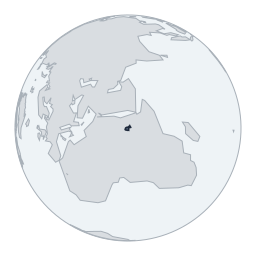 Sennar on an orthographic globe, rotated 295°
{"feature_id": "SDN-880", "entity_name": "Sennar", "entity_type": "Region", "adm_level": 1, "iso_a3": "SDN", "parent_name": "Sudan", "parent_adm1": "", "projection": "orthographic", "projection_center": [34.248, 12.985], "detail": "fine", "context": "on_globe", "style": "filled", "palette": "slate", "viewbox_px": 256, "rotation_deg": 295, "n_neighbors": 0, "source": "natural_earth", "source_scale": "10m", "svg_char_len": 9202}
<svg xmlns="http://www.w3.org/2000/svg" viewBox="0 0 256 256"><g transform="rotate(295 128 128)"><circle cx="128" cy="128" r="113" fill="#eef3f6" stroke="#a8b0b8"/><path d="M99.5,19.0L100.4,18.8L97.0,19.7L96.6,19.8L95.6,20.1L94.1,20.6L94.7,20.4L90.8,21.7L94.4,20.6L91.0,21.8L88.5,22.6L89.2,22.3L88.7,22.4L99.5,19.0ZM74.4,28.9L75.4,28.4L79.6,26.3L78.5,27.1L75.1,29.0L71.5,30.9L69.9,32.0L72.9,30.7L65.9,35.2L60.6,40.0L58.9,41.4L56.2,42.4L57.2,40.6L54.3,42.8L60.6,37.7L67.4,33.1L74.4,28.9ZM53.9,43.2L55.4,42.2L51.0,46.1L50.0,47.1L50.0,47.4L51.5,46.3L49.8,47.9L47.5,49.3L48.9,47.9L49.7,47.3L50.1,46.7L49.4,47.4L53.9,43.2ZM16.0,116.0L16.0,121.9L16.0,127.2L15.8,129.8L16.2,131.6L16.3,133.5L19.7,140.4L23.0,147.3L23.9,154.0L23.1,160.0L27.0,175.0L26.8,177.4L29.4,182.4L25.5,174.7L22.2,166.8L19.6,158.6L17.6,150.2L16.2,141.7L15.5,133.2L15.4,124.6L16.0,116.0ZM79.9,26.1L79.1,26.5L79.9,26.1ZM82.2,25.1L81.9,25.2L81.7,25.3L82.2,25.1ZM87.6,22.9L88.0,22.7L82.6,25.0L83.2,24.7L87.6,22.9ZM102.8,18.2L105.2,17.7L104.5,17.9L103.6,18.1L101.2,18.6L101.8,18.4L102.8,18.2ZM102.8,18.3L104.0,18.1L102.3,18.6L100.8,18.7L102.8,18.3ZM107.8,17.2L106.8,17.4L106.6,17.4L107.8,17.2ZM96.8,20.5L97.6,20.1L99.4,19.6L96.8,20.5ZM104.5,18.0L105.1,17.9L105.9,17.7L106.3,17.7L104.5,18.0ZM112.3,16.5L111.9,16.5L114.0,16.2L114.5,16.2L111.1,16.7L112.7,16.5L112.8,16.5L109.8,16.9L112.2,16.5L112.3,16.5ZM109.1,17.3L104.6,18.2L102.9,19.0L101.3,19.3L104.4,18.1L109.1,17.3ZM109.8,17.0L109.0,17.2L107.4,17.5L106.9,17.4L109.8,17.0ZM116.1,16.1L116.7,15.9L117.5,15.9L116.1,16.1ZM108.9,17.4L110.0,17.2L109.0,17.5L108.9,17.4ZM114.3,16.4L115.2,16.2L114.3,16.4ZM112.1,17.0L110.6,17.2L110.3,17.2L112.1,17.0ZM113.3,16.7L114.5,16.6L111.0,17.0L113.2,16.6L113.3,16.7ZM115.1,16.3L115.6,16.2L114.9,16.4L115.1,16.3ZM114.3,17.2L110.0,17.8L109.2,17.6L113.5,17.0L114.3,17.2ZM181.1,28.7L183.1,29.9L191.9,35.6L191.5,35.0L193.9,36.7L203.2,44.2L203.5,44.4L214.5,56.7L217.8,60.4L219.8,63.2L220.9,65.2L218.0,61.2L216.6,60.1L214.8,57.7L215.5,60.2L213.0,56.9L214.8,60.7L217.0,63.1L217.4,61.9L220.0,67.0L223.8,71.2L227.1,77.1L230.7,88.9L230.0,93.4L230.6,95.5L228.7,93.8L228.6,98.4L233.9,108.9L234.5,112.2L233.2,119.8L232.8,117.3L228.0,112.6L228.7,120.9L232.5,126.6L233.8,134.2L231.7,132.5L230.1,125.9L228.4,124.1L227.7,116.9L223.9,107.1L221.7,109.9L220.7,105.7L215.3,98.2L211.4,102.0L206.0,114.8L207.2,125.7L204.5,131.0L196.6,116.6L193.1,106.5L190.2,108.0L182.1,100.2L167.9,101.3L165.9,98.8L163.3,100.3L157.6,98.1L154.6,93.9L151.2,94.5L159.0,105.4L162.8,104.9L166.0,100.2L167.5,104.2L173.0,107.5L166.6,118.1L145.6,128.4L143.8,120.3L128.7,98.7L129.2,96.2L129.0,95.5L127.4,99.5L124.9,95.3L132.8,110.3L134.0,116.9L145.3,128.9L144.2,130.2L147.9,132.6L160.0,128.8L160.0,131.5L154.2,144.5L137.7,162.1L140.0,173.2L139.0,182.6L129.0,189.0L130.2,196.0L125.0,198.4L124.9,202.3L121.0,206.4L114.2,210.1L102.5,209.7L101.5,206.3L95.3,199.3L86.5,181.9L89.2,174.1L88.1,167.7L79.6,153.0L81.4,145.1L79.2,141.6L74.7,142.1L72.1,137.8L69.4,137.5L52.5,138.4L47.6,132.4L42.3,115.2L45.5,109.2L46.5,101.8L69.0,79.5L73.3,81.4L90.5,79.7L92.6,80.7L90.1,86.2L102.6,93.8L107.2,89.2L119.0,93.3L127.2,93.2L131.0,82.8L117.6,82.6L115.8,77.6L126.9,73.3L138.7,74.0L138.4,72.1L131.4,67.9L134.5,64.5L129.0,66.2L130.9,68.1L127.5,69.4L125.5,67.7L126.7,66.5L123.3,65.6L118.5,72.3L119.9,74.9L110.7,76.0L112.2,80.7L109.5,82.8L106.0,75.8L106.7,73.2L99.7,65.9L98.1,68.5L104.6,75.8L102.4,75.2L100.3,79.4L100.2,75.7L93.5,67.6L85.4,68.9L74.4,78.8L69.8,79.3L66.4,76.9L71.2,66.5L80.8,66.5L82.6,63.3L81.4,58.6L84.4,59.2L85.1,57.4L88.8,57.4L94.6,53.5L98.5,53.2L101.5,48.2L103.9,47.6L101.4,50.6L101.8,52.9L111.5,53.0L113.6,52.0L114.7,48.8L117.2,49.5L117.1,46.5L123.0,45.5L115.7,44.3L116.8,41.2L120.7,39.0L119.8,37.8L113.4,41.5L112.1,43.3L113.0,45.0L108.2,50.3L104.7,51.1L104.8,45.2L99.9,45.9L102.1,41.5L117.9,33.4L124.2,32.2L133.1,36.3L131.3,38.0L127.2,37.3L130.4,40.6L130.4,39.0L132.5,39.8L134.1,37.4L135.7,37.8L134.6,35.0L136.7,35.2L137.4,37.0L141.5,34.2L146.1,34.5L146.3,33.7L145.2,32.8L151.7,34.0L151.5,33.4L149.3,32.7L147.6,31.1L147.2,29.0L149.4,29.5L149.9,30.4L154.3,33.1L155.2,35.6L156.1,35.6L155.9,33.7L150.5,30.2L149.6,28.8L152.4,30.2L151.3,29.6L151.5,29.1L153.9,29.1L150.9,27.6L150.6,22.6L155.1,22.7L157.7,24.2L159.8,22.4L164.8,23.3L162.8,22.6L162.4,21.8L160.9,21.4L159.9,21.0L158.3,19.6L159.7,19.9L159.4,19.8L170.5,23.7L181.1,28.7ZM60.8,91.3L60.1,93.5L60.8,91.3ZM151.0,80.4L158.2,80.6L155.3,74.3L157.8,74.0L155.9,72.1L155.0,73.9L150.4,68.8L153.5,66.9L152.8,64.3L150.4,64.2L145.3,68.5L151.9,75.6L150.1,78.3L151.0,80.4ZM51.1,46.0L51.3,45.9L50.8,46.6L50.3,46.9L51.1,46.0ZM53.4,46.3L50.8,49.0L52.3,47.2L51.0,48.0L52.6,45.5L58.1,41.9L55.3,43.9L53.4,46.3ZM56.3,41.6L54.7,43.3L56.3,41.6L56.3,41.6ZM85.1,48.7L86.1,49.8L84.3,51.7L79.4,52.9L81.9,50.1L85.1,48.7ZM88.0,51.1L89.4,45.4L92.5,44.8L90.5,46.0L92.4,46.2L89.7,48.3L91.3,53.6L89.8,55.7L81.6,56.1L85.1,54.7L83.9,53.5L88.0,51.1ZM87.6,35.1L88.3,33.5L94.2,34.0L92.9,35.6L87.9,36.6L86.5,35.4L87.6,35.1ZM87.3,23.4L87.1,23.3L88.0,23.0L88.9,22.8L87.3,23.4ZM97.0,20.4L88.7,23.7L88.2,23.6L84.0,26.0L80.9,27.0L83.7,25.4L78.2,28.1L79.5,27.0L75.9,29.0L82.5,25.2L83.4,24.7L83.6,24.9L86.4,23.9L87.9,23.3L92.9,21.4L96.3,20.0L99.7,19.1L101.1,18.9L100.8,19.1L98.7,19.5L99.8,19.5L96.6,20.3L97.0,20.4ZM116.3,21.0L114.0,20.6L115.6,22.1L112.4,22.4L112.8,22.5L110.2,23.3L107.8,24.5L106.4,24.5L106.1,25.0L104.4,25.6L103.5,26.4L100.6,26.7L99.2,27.8L98.7,27.4L97.1,29.1L97.0,28.0L94.8,28.9L96.0,29.5L83.0,31.0L77.6,33.1L73.2,35.6L73.6,33.7L78.1,30.5L84.4,27.1L89.5,25.6L88.8,25.3L91.0,24.5L90.6,25.1L92.5,23.8L94.3,23.4L99.9,21.4L101.5,20.1L103.6,19.5L103.8,19.8L105.8,19.0L107.6,19.3L109.1,18.9L112.4,19.0L112.0,20.1L113.7,19.7L116.3,19.9L116.3,21.0ZM115.1,17.2L115.3,18.1L113.6,18.8L108.5,18.4L106.9,18.7L103.6,18.9L106.1,18.0L106.8,18.0L108.1,17.8L106.8,18.2L108.8,17.8L109.8,17.8L111.7,17.6L111.2,17.9L115.1,17.2ZM95.3,78.7L96.9,79.0L99.6,78.9L98.3,81.7L95.3,78.7ZM90.6,73.2L92.1,72.9L91.7,76.5L90.0,76.3L90.6,73.2ZM93.4,69.9L92.3,72.7L91.8,71.1L93.4,69.9ZM102.9,50.3L104.6,50.0L104.6,50.7L103.5,51.8L102.9,50.3ZM120.4,26.7L119.4,26.1L120.0,25.8L119.8,24.2L122.2,24.1L123.3,25.0L120.4,26.7ZM128.5,84.6L125.9,86.6L124.8,85.6L125.9,85.1L128.5,84.6ZM111.3,84.1L115.0,85.6L110.9,84.9L111.3,84.1ZM123.0,26.3L122.7,25.5L124.1,25.9L123.0,26.3ZM124.0,23.9L125.7,24.2L122.5,23.9L124.0,23.9ZM170.4,224.1L170.8,225.0L169.2,225.3L170.4,224.1ZM158.4,180.3L150.7,196.7L145.4,197.0L144.3,192.4L147.2,182.6L153.4,179.5L156.4,174.8L158.4,180.3ZM238.6,148.5L238.6,149.0L238.6,148.5ZM238.5,147.3L238.9,146.8L238.3,148.5L238.5,147.3ZM239.3,145.4L239.0,146.7L239.3,145.1L239.4,144.8L239.3,145.4ZM238.2,147.7L235.3,149.7L233.8,149.2L234.4,147.1L236.8,146.2L238.2,147.7ZM234.3,147.2L231.7,143.2L226.1,129.7L228.2,129.3L233.6,136.6L233.3,138.4L234.9,141.7L234.3,147.2ZM239.6,134.2L239.2,139.2L237.9,140.0L237.1,139.7L236.6,133.9L236.9,130.5L237.7,130.2L239.0,117.9L239.7,119.9L239.6,124.9L240.2,128.6L239.6,134.2ZM207.7,126.6L210.4,132.6L208.7,134.0L207.7,126.6ZM238.4,109.9L238.6,115.1L238.1,108.4L238.4,109.9ZM237.4,103.8L237.9,106.1L237.3,104.1L237.4,103.8ZM231.6,98.6L230.9,99.6L230.3,98.0L230.9,95.9L231.6,98.6ZM229.7,82.2L231.7,86.7L232.3,88.4L231.0,85.8L229.7,82.2ZM143.0,26.4L140.5,28.6L140.3,30.5L142.7,32.1L138.3,31.1L138.6,28.0L143.0,26.4ZM149.4,22.9L147.3,21.9L148.9,22.0L149.6,22.2L149.4,22.9ZM147.7,22.5L143.8,22.1L143.1,21.3L146.2,21.8L147.7,22.5ZM133.4,23.6L132.5,24.2L131.4,23.8L133.4,23.6ZM219.9,193.1L220.0,193.0L222.3,189.6L227.3,180.6L230.3,174.2L233.3,168.1L229.5,176.8L225.1,185.1L219.9,193.1ZM240.2,137.5L240.1,139.5L240.3,134.5L239.9,140.3L239.7,140.4L240.0,135.8L240.3,129.7L240.4,127.0L240.6,125.2L240.6,125.5L240.4,129.3L240.4,132.2L240.6,129.6L240.4,132.9L240.2,137.4L240.2,137.5ZM240.0,116.2L240.1,116.8L239.6,113.3L239.7,115.3L239.0,108.9L239.5,111.7L240.0,116.2ZM238.8,108.5L239.0,110.3L238.5,106.7L238.8,108.5ZM238.7,109.1L238.1,106.4L238.3,106.4L238.7,109.1ZM238.9,108.4L237.9,103.8L238.5,106.3L238.9,108.4ZM236.6,100.5L238.0,104.2L237.1,103.3L234.6,94.6L234.8,94.0L236.6,100.5ZM221.0,64.5L220.2,63.4L220.2,63.2L221.0,64.5ZM219.9,62.8L220.9,64.3L221.4,65.1L223.9,69.0L221.8,65.8L218.8,61.4L218.5,60.9L219.9,62.8ZM193.5,36.3L192.2,35.5L190.3,34.1L190.7,34.4L193.5,36.3ZM159.0,20.9L157.8,20.4L158.7,20.5L159.0,20.9ZM154.9,19.3L154.7,19.5L154.0,19.0L154.9,19.3ZM154.6,20.1L154.2,19.5L156.0,20.4L154.6,20.1Z" fill="#d9dde1" stroke="#a8b0b8" stroke-width="1"/><path d="M129.9,130.0L129.7,130.2L129.5,129.9L129.2,129.7L129.0,129.4L128.6,128.7L128.4,128.5L128.2,128.5L126.6,129.5L126.3,129.4L126.2,129.4L126.1,129.5L125.8,128.6L125.7,128.5L125.8,128.4L125.8,128.2L125.6,127.8L125.4,127.6L125.4,127.3L125.4,127.0L125.4,126.9L125.2,126.7L125.3,126.5L125.3,126.4L125.5,126.5L125.6,126.4L125.7,126.2L125.8,126.0L125.9,125.9L126.0,125.9L126.3,126.1L126.6,126.0L126.7,125.9L126.8,125.8L127.1,125.9L127.3,125.9L127.5,126.0L127.6,126.3L127.8,126.5L128.0,126.5L128.0,126.8L128.2,127.1L128.3,127.3L128.5,127.3L128.6,127.5L128.9,127.6L129.0,127.6L129.2,127.8L129.3,127.9L129.3,128.0L129.7,128.2L129.8,128.2L129.8,128.3L130.0,128.4L130.1,128.5L130.8,128.6L130.7,128.7L130.7,128.8L130.3,129.4L130.2,129.5L130.1,129.8L129.9,130.0L129.9,130.0Z" fill="#64748b" stroke="#1e293b" stroke-width="1.5"/></g></svg>